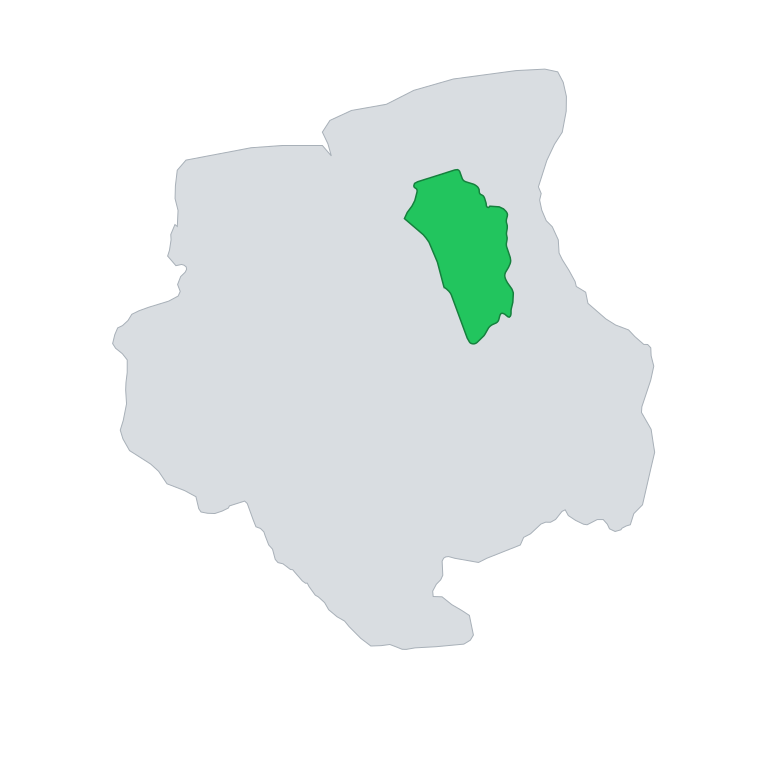 Brokopondo highlighted on a map of Suriname, rotated 343°
{"feature_id": "SUR-66", "entity_name": "Brokopondo", "entity_type": "District", "adm_level": 1, "iso_a3": "SUR", "parent_name": "Suriname", "parent_adm1": "", "projection": "mercator", "projection_center": [-55.026, 4.667], "detail": "fine", "context": "in_parent", "style": "filled", "palette": "green", "viewbox_px": 768, "rotation_deg": 343, "n_neighbors": 0, "source": "natural_earth", "source_scale": "10m", "svg_char_len": 3917}
<svg xmlns="http://www.w3.org/2000/svg" viewBox="0 0 768 768"><g transform="rotate(343 384 384)"><path d="M628.1,195.3L617.1,204.6L605.1,217.8L589.3,240.6L590.0,247.8L586.6,253.6L585.7,263.9L586.9,275.3L590.9,282.8L592.8,297.1L589.7,310.0L590.9,317.4L594.1,329.3L596.7,341.9L596.4,347.0L600.2,351.2L603.7,355.2L602.6,366.5L615.1,386.5L622.7,395.3L633.7,403.8L637.8,412.1L644.0,422.1L647.7,423.3L649.7,427.4L647.7,435.1L647.2,445.8L640.2,458.3L623.9,481.2L621.9,486.5L626.2,505.4L623.9,521.0L622.9,528.4L614.9,542.1L595.9,575.1L585.0,581.0L578.4,590.6L574.1,590.6L569.4,591.5L567.9,592.7L561.9,592.6L557.3,588.4L556.6,583.4L554.0,577.7L548.2,576.0L537.1,578.0L533.9,576.5L527.3,570.4L521.8,563.7L520.5,557.3L516.9,557.9L508.5,563.7L502.8,564.9L498.2,563.4L493.2,563.8L480.3,570.1L472.7,571.5L467.3,577.8L431.5,580.7L422.2,582.3L400.8,571.4L395.3,567.9L392.5,567.4L390.1,568.0L387.8,570.4L384.3,584.1L381.0,587.8L375.5,590.8L370.0,596.3L368.9,601.6L377.3,604.5L384.3,614.8L391.9,623.0L398.0,630.3L397.2,638.5L396.1,650.2L391.7,654.2L384.3,656.1L357.2,650.5L336.5,645.4L327.7,644.3L323.8,643.0L318.6,638.8L313.4,634.8L304.9,633.4L294.8,630.7L287.4,620.4L279.7,605.8L277.0,599.2L271.0,592.8L265.1,583.7L263.3,575.7L258.9,568.3L256.5,565.8L253.1,555.8L252.4,552.0L250.7,551.6L248.3,548.4L243.5,537.6L242.4,534.9L240.3,534.0L234.8,526.4L230.4,523.8L228.7,519.9L229.1,509.4L226.7,504.2L226.0,494.3L225.9,490.3L223.6,486.0L219.8,483.1L219.2,475.9L218.3,458.3L216.5,455.2L200.5,455.4L198.9,457.1L192.0,458.2L184.3,458.4L177.4,456.0L171.6,452.9L170.4,449.1L171.2,436.8L162.0,427.5L147.3,416.0L142.9,401.5L137.5,392.4L121.2,373.3L118.3,360.2L118.3,351.0L124.0,342.6L132.0,327.7L135.2,314.2L137.7,307.1L141.8,297.9L145.5,285.9L142.7,278.6L137.8,271.4L136.3,266.0L141.0,258.1L145.7,252.5L151.0,251.7L157.8,248.4L163.2,243.6L171.3,242.3L181.5,241.8L202.3,241.8L212.9,239.7L216.2,235.9L215.7,228.5L221.0,221.8L226.5,219.0L228.7,216.7L229.1,214.3L227.6,212.0L225.4,210.5L219.6,210.0L214.5,198.4L218.0,193.3L222.5,183.9L223.8,178.7L230.7,170.4L232.4,172.9L237.8,157.8L238.4,145.6L242.5,133.4L248.8,119.1L260.1,112.0L326.0,119.2L356.1,126.1L394.8,137.9L400.3,150.5L400.6,137.9L398.7,125.1L409.4,116.1L432.9,112.9L468.1,117.2L498.3,111.9L539.5,112.6L601.9,122.9L629.9,129.9L641.4,136.3L643.6,147.8L642.5,162.4L638.0,176.4L628.1,195.3Z" fill="#d9dde1" stroke="#a8b0b8" stroke-width="1"/><path d="M514.3,200.0L517.0,200.5L517.9,201.4L518.5,202.7L518.9,210.6L519.3,212.1L520.1,213.4L521.3,214.5L528.2,219.2L529.4,220.4L530.4,221.7L531.2,223.0L531.6,224.4L531.8,225.8L531.2,228.6L531.2,229.8L531.9,231.0L532.9,231.9L533.9,233.1L534.3,234.3L534.5,235.7L534.5,240.9L534.1,243.0L534.0,244.0L534.4,245.0L535.2,245.7L536.1,245.6L537.2,244.9L546.0,248.3L549.5,251.5L551.0,254.3L551.4,255.4L551.7,256.8L551.6,258.1L551.0,259.5L549.3,262.2L548.7,263.6L548.3,265.1L548.2,268.4L547.8,269.9L547.2,271.5L545.7,274.4L545.1,275.8L544.8,277.2L544.5,280.2L544.0,281.6L542.0,285.6L541.6,287.0L541.4,288.4L541.7,300.0L541.2,303.1L540.6,304.5L539.7,305.9L537.2,308.8L532.8,312.8L531.8,314.2L531.1,315.8L530.9,317.3L530.9,318.9L531.1,320.5L531.7,323.4L534.0,330.3L534.2,331.7L534.3,334.5L534.0,335.6L531.1,343.5L527.7,349.3L527.0,350.8L526.1,353.7L525.5,355.0L524.6,356.1L523.3,356.7L522.1,355.9L519.8,352.4L518.3,351.2L517.4,350.8L516.2,351.0L515.2,351.9L514.4,353.0L512.8,355.7L511.8,357.0L510.5,357.9L509.2,358.4L505.0,358.9L503.5,359.3L502.0,359.9L500.5,360.8L494.9,366.1L493.6,367.1L485.1,371.5L483.8,371.9L482.4,372.0L481.0,371.7L479.8,371.1L478.6,370.1L478.0,368.8L477.0,364.4L474.4,318.2L474.0,316.4L473.2,314.3L471.5,311.3L470.0,309.4L469.8,309.4L469.7,308.4L470.7,283.1L468.5,261.6L466.9,256.7L465.2,252.7L451.9,231.8L456.4,226.7L462.8,222.0L467.1,217.6L471.8,209.9L472.2,208.7L472.3,207.8L472.1,207.0L471.6,206.2L470.9,205.4L470.3,204.2L470.6,202.9L471.9,201.1L475.3,200.4L514.3,200.0Z" fill="#22c55e" stroke="#15803d" stroke-width="1.5"/></g></svg>